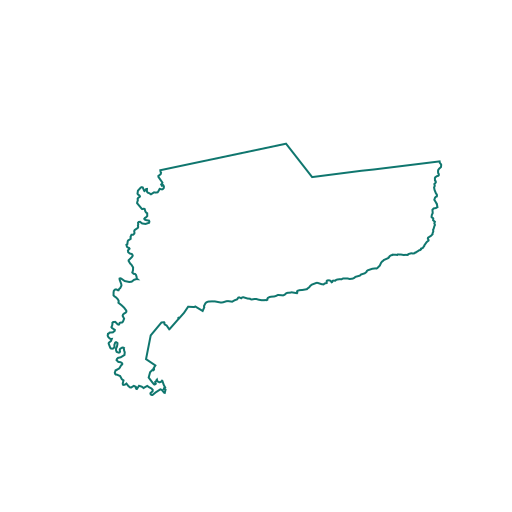 North West Guadalcanl, Guadalcanal, Solomon Islands, rotated 124°
{"feature_id": "97153195B50711658929087", "entity_name": "North West Guadalcanl", "entity_type": "district", "adm_level": 2, "iso_a3": "SLB", "parent_name": "Solomon Islands", "parent_adm1": "Guadalcanal", "projection": "albers", "projection_center": [159.864, -9.408], "detail": "fine", "context": "isolated", "style": "outline", "palette": "teal", "viewbox_px": 512, "rotation_deg": 124, "n_neighbors": 0, "source": "geoboundaries", "source_scale": "gbopen_adm2", "svg_char_len": 6132}
<svg xmlns="http://www.w3.org/2000/svg" viewBox="0 0 512 512"><g transform="rotate(124 256 256)"><path d="M380.7,298.9L364.0,297.2L362.3,295.2L362.5,294.6L363.4,294.1L363.8,293.4L363.6,291.2L365.3,286.9L365.1,286.8L351.2,285.0L350.9,285.7L350.6,285.6L350.9,284.9L343.4,283.9L336.0,283.9L332.9,278.7L331.8,278.1L331.4,269.5L327.5,270.2L326.6,271.1L323.6,271.5L322.1,271.2L320.5,270.1L318.2,267.1L316.6,264.6L314.2,259.0L312.9,257.5L310.0,255.2L309.0,253.9L307.2,250.2L304.7,249.0L302.5,247.4L300.4,247.4L299.7,246.8L299.3,244.6L298.1,244.3L297.3,243.5L295.9,239.0L294.8,237.2L294.9,236.5L294.5,235.3L292.4,233.1L291.5,231.8L290.8,229.5L289.6,226.8L288.0,224.4L287.4,223.8L286.7,222.5L285.9,222.1L285.0,222.7L284.1,222.7L282.4,221.8L281.2,220.6L279.4,218.3L278.1,217.2L276.0,216.0L273.5,211.5L272.1,210.6L270.0,210.1L268.9,209.3L267.2,207.1L266.2,206.2L263.9,201.2L263.4,201.2L262.3,202.2L261.5,202.0L260.0,200.8L258.1,198.4L255.0,195.2L254.4,195.2L252.2,194.4L250.4,194.3L248.5,193.7L244.4,190.8L243.8,189.8L242.7,185.9L241.8,184.1L240.4,183.7L238.9,182.3L237.2,183.4L236.6,183.3L235.9,182.7L235.1,181.4L234.9,180.3L235.5,178.6L235.0,178.3L233.6,178.5L232.9,177.8L232.2,176.5L231.0,176.2L230.1,175.5L228.3,173.5L227.6,172.2L225.9,171.2L223.4,167.5L222.7,165.5L220.7,163.2L219.2,162.3L217.7,161.9L214.4,159.1L213.9,158.8L212.6,158.6L209.6,156.2L207.5,155.5L206.4,155.7L205.3,155.3L201.6,152.5L199.5,150.1L199.1,149.2L198.3,148.7L194.7,148.0L191.8,148.5L190.1,148.4L189.2,148.0L187.9,147.8L183.6,145.1L183.0,145.3L182.6,145.0L181.4,145.1L179.7,144.3L178.9,143.4L178.5,143.5L176.5,140.3L176.2,139.5L175.5,139.4L173.6,136.4L172.5,133.9L171.7,133.1L170.3,130.8L169.7,130.9L168.9,130.5L166.9,128.8L166.2,127.3L165.1,126.1L164.2,126.0L163.7,125.4L162.9,125.3L162.2,124.8L159.9,123.9L159.3,123.2L158.3,122.9L157.9,123.3L157.5,123.3L156.4,122.4L155.5,122.1L154.4,122.3L153.7,122.1L153.0,122.4L149.0,122.3L146.7,121.6L146.1,122.1L145.6,123.2L144.6,123.6L141.4,122.2L139.2,121.8L138.6,122.3L136.6,122.7L135.1,123.9L134.3,123.9L131.6,124.8L130.2,125.0L129.1,126.5L127.6,126.8L127.3,129.2L125.8,130.0L125.6,130.5L125.7,131.9L125.5,132.3L123.6,133.2L121.6,133.5L119.0,135.6L117.2,135.3L115.7,133.7L114.0,132.9L113.5,133.5L113.1,133.8L111.6,135.3L111.6,135.8L111.3,136.0L109.7,139.6L107.5,140.2L106.3,140.0L105.5,139.4L104.5,139.9L103.9,140.5L103.5,141.8L101.4,144.9L99.6,146.7L97.9,147.0L96.6,148.4L95.4,148.1L94.2,148.2L93.5,148.9L93.4,149.8L91.3,151.3L90.5,151.4L88.5,150.6L87.7,149.8L87.0,149.6L85.9,150.2L85.5,151.2L84.5,152.1L83.0,153.0L81.3,153.0L78.8,152.4L76.9,153.4L76.4,154.2L76.0,155.7L74.9,156.7L118.4,206.7L126.5,216.4L159.2,253.6L146.1,293.9L238.4,383.3L239.6,382.2L240.0,381.3L241.5,380.8L244.3,381.7L245.0,381.1L247.5,374.6L248.6,374.3L249.7,374.6L250.4,373.2L249.2,372.4L249.8,371.3L251.1,370.5L252.3,370.6L253.1,370.9L253.7,371.9L254.2,373.4L257.4,373.1L258.3,373.2L259.7,374.9L260.2,376.1L263.6,377.6L263.6,379.5L264.0,381.2L263.7,382.2L262.9,383.0L261.4,383.9L261.9,384.5L264.5,384.7L264.5,385.2L262.5,388.2L262.8,389.2L263.7,389.8L267.9,390.4L270.6,389.1L271.0,388.2L271.0,386.6L271.4,385.6L272.1,385.5L273.7,386.2L274.9,386.1L275.7,385.2L278.0,384.5L278.7,384.1L280.8,376.9L280.6,376.4L279.5,375.4L279.3,374.6L280.8,372.8L281.4,371.6L281.4,370.1L283.7,368.5L285.4,368.8L286.6,369.4L287.7,369.4L288.0,368.4L287.7,367.1L286.5,364.5L287.0,363.7L288.2,363.2L291.2,365.5L292.7,368.6L292.5,371.3L293.4,372.3L294.4,372.4L295.6,371.3L296.7,371.0L297.8,369.9L298.8,369.7L302.3,371.1L303.5,370.9L304.4,370.0L305.4,369.4L307.0,369.7L308.0,371.1L310.4,370.7L311.0,370.0L312.0,369.5L314.6,370.7L315.5,370.6L318.1,369.3L319.2,369.7L320.5,368.1L320.6,366.8L320.3,365.6L320.7,364.9L323.0,365.3L324.3,364.1L324.5,362.0L323.8,360.0L324.4,358.6L325.1,358.3L326.4,358.3L330.7,359.2L331.3,358.9L332.6,356.1L332.9,354.4L334.2,351.5L336.6,350.0L338.9,349.3L339.2,347.5L338.5,346.2L338.8,344.9L340.1,343.3L341.4,342.2L341.5,341.4L341.9,342.1L343.9,343.8L346.8,344.7L348.4,346.5L350.2,350.9L350.1,355.1L350.4,356.1L351.0,356.5L351.9,355.8L354.7,351.9L355.8,351.0L358.6,350.6L359.6,351.0L361.3,350.8L361.7,351.5L361.7,352.8L362.3,353.8L362.9,354.2L364.3,354.4L365.7,353.8L368.3,352.1L368.6,350.9L368.6,348.8L369.1,346.5L370.0,344.7L371.7,343.9L372.0,339.9L372.6,336.4L373.8,333.0L374.7,332.3L376.0,332.4L377.2,333.1L378.9,333.5L380.2,333.1L381.7,330.3L384.8,329.6L386.1,329.9L387.0,331.1L387.7,331.6L389.3,331.2L389.8,331.6L390.0,332.5L389.3,335.8L390.6,337.5L391.8,337.7L392.4,337.1L394.3,336.3L395.8,336.1L396.2,335.2L396.2,331.7L397.1,331.3L399.4,332.0L401.4,334.6L403.0,334.8L403.3,335.2L405.0,334.4L405.7,333.3L406.2,331.2L406.0,329.9L405.4,329.2L407.5,328.7L410.2,329.5L411.0,329.2L413.6,325.5L413.8,324.4L412.9,322.9L411.9,322.5L410.5,322.5L408.9,323.7L406.6,324.3L405.7,323.9L405.6,322.3L406.3,321.7L408.9,320.6L411.3,320.2L412.5,319.2L413.4,317.9L412.9,315.8L412.3,315.2L411.4,315.2L409.9,316.6L408.9,316.7L406.7,315.7L406.1,314.6L406.1,314.1L406.6,314.1L407.2,313.2L408.1,312.5L409.2,311.0L411.6,309.7L415.6,311.5L417.6,313.4L419.1,313.7L420.3,313.4L420.8,310.9L419.8,308.9L419.7,307.7L419.9,306.8L420.7,306.3L422.1,306.7L424.9,306.5L426.2,306.7L427.8,307.7L428.4,307.7L429.2,308.5L431.7,307.8L432.5,306.9L432.7,305.9L432.2,305.2L431.5,301.5L433.2,298.3L433.2,296.3L436.2,295.2L437.1,294.4L436.9,293.6L435.7,292.6L434.2,292.1L435.1,289.4L435.4,287.1L434.9,286.0L432.0,284.7L431.6,282.5L431.9,282.1L432.5,282.0L433.1,280.8L432.9,280.4L429.0,280.4L428.2,277.6L428.3,275.3L427.8,275.2L424.5,273.5L424.6,271.5L424.3,268.6L424.7,266.8L426.0,266.1L428.6,266.8L429.1,266.6L429.6,265.9L429.6,264.9L429.1,264.1L425.1,262.9L420.0,260.7L419.7,259.1L420.7,255.7L420.5,255.1L417.3,256.3L417.2,256.9L417.9,258.0L417.3,258.3L416.1,258.3L415.7,258.0L414.5,260.3L411.9,263.8L411.9,264.2L413.5,264.4L414.7,265.4L415.0,267.3L414.7,268.2L413.9,269.0L414.6,269.1L415.4,268.7L416.7,269.2L417.4,268.5L417.7,267.8L418.1,267.7L418.7,268.5L419.0,268.1L419.4,268.4L419.4,269.0L418.6,271.7L416.8,277.0L411.6,278.8L408.4,278.2L408.3,277.3L407.2,277.0L406.5,277.5L406.4,278.1L403.0,278.2L403.0,289.5L380.7,298.9Z" fill="none" stroke="#0f766e" stroke-width="2"/></g></svg>